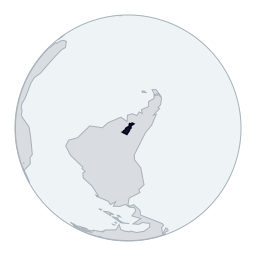 Santa Fe highlighted on a globe, orthographic projection, rotated 206°
{"feature_id": "ARG-1310", "entity_name": "Santa Fe", "entity_type": "Province", "adm_level": 1, "iso_a3": "ARG", "parent_name": "Argentina", "parent_adm1": "", "projection": "orthographic", "projection_center": [-60.696, -31.191], "detail": "fine", "context": "on_globe", "style": "filled", "palette": "ink", "viewbox_px": 256, "rotation_deg": 206, "n_neighbors": 0, "source": "natural_earth", "source_scale": "10m", "svg_char_len": 4373}
<svg xmlns="http://www.w3.org/2000/svg" viewBox="0 0 256 256"><g transform="rotate(206 128 128)"><circle cx="128" cy="128" r="113" fill="#eef3f6" stroke="#a8b0b8"/><path d="M100.7,18.7L104.3,17.9L103.4,18.3L104.8,18.4L106.9,17.7L106.6,17.5L111.0,16.7L110.6,16.7L120.1,15.6L120.8,15.6L121.5,15.5L125.2,15.4L126.8,15.5L133.8,16.0L134.0,16.3L128.8,16.6L120.8,16.8L114.1,18.5L122.4,17.0L122.9,18.1L124.6,18.3L126.9,18.2L128.2,17.7L129.2,18.2L121.4,19.5L120.3,19.1L122.8,18.6L119.1,18.8L113.8,20.2L114.4,21.0L105.8,23.2L106.1,23.9L104.4,24.9L104.4,23.6L104.2,26.1L94.1,31.2L93.7,37.3L89.8,33.4L85.9,33.9L80.9,35.4L80.7,36.4L74.5,37.8L68.3,42.1L65.1,48.3L66.5,51.8L73.6,49.4L76.1,46.1L81.5,44.0L76.7,52.2L86.0,50.7L84.6,56.8L87.2,59.3L92.1,57.5L97.0,58.1L100.9,54.0L106.9,51.3L106.8,56.3L110.3,51.4L113.5,53.5L125.7,52.8L124.7,53.9L134.9,60.1L146.3,63.5L148.9,67.8L147.6,70.2L151.6,71.4L151.6,73.1L167.8,78.3L176.2,84.7L176.0,91.1L169.1,97.1L163.3,113.1L151.1,117.0L148.2,124.1L139.1,134.6L131.7,133.4L134.1,139.3L130.2,142.8L125.5,143.0L125.0,147.3L121.5,147.4L124.0,150.3L118.9,156.2L121.1,161.0L117.5,166.1L119.1,169.0L117.5,169.0L116.0,170.2L116.1,171.9L111.0,169.6L108.9,163.1L110.1,159.7L108.1,159.4L110.7,150.8L108.6,152.7L108.0,140.9L110.3,131.3L110.6,106.4L107.9,102.1L99.2,97.9L88.7,84.0L91.2,77.4L89.0,75.1L96.2,65.7L94.5,59.0L92.0,58.5L89.4,61.6L81.2,59.3L78.6,55.2L55.3,57.1L53.4,56.2L54.1,52.9L50.5,48.1L50.2,54.7L48.0,54.7L47.0,53.1L48.5,51.4L49.2,48.5L47.8,49.2L49.5,47.3L55.7,41.6L62.4,36.4L69.5,31.7L76.9,27.6L84.6,24.1L92.5,21.1L100.7,18.7ZM92.7,39.7L103.4,41.4L96.9,42.8L98.2,41.9L95.6,41.0L90.6,40.7L85.0,42.7L92.7,39.7ZM98.3,35.0L96.5,35.1L98.4,34.8L98.3,35.0ZM119.7,174.8L111.6,170.6L116.1,172.4L118.6,169.5L123.1,173.0L119.7,174.8ZM127.4,167.7L130.6,166.4L131.6,167.2L129.6,168.4L127.4,167.7ZM204.0,44.8L205.1,46.0L203.0,44.6L198.8,41.3L192.3,35.6L194.8,37.3L204.0,44.8ZM234.3,165.3L233.5,165.9L230.2,173.1L229.3,172.8L227.0,176.5L224.4,178.5L221.3,178.8L219.5,172.9L222.1,169.0L225.3,159.2L230.8,138.7L234.1,132.7L235.0,126.4L233.5,109.4L234.0,103.4L232.9,99.3L231.1,97.7L229.5,93.0L228.1,91.5L217.4,85.5L212.4,78.5L202.4,62.3L203.1,58.5L200.2,53.0L202.7,44.4L206.5,47.6L209.4,50.1L214.8,56.3L219.9,62.8L224.4,69.7L228.4,77.0L231.9,84.5L234.8,92.2L237.1,100.1L238.9,108.2L240.0,116.4L240.6,124.7L240.5,132.9L239.9,141.2L238.6,149.3L236.7,157.4L234.3,165.3ZM205.8,50.1L206.6,51.5L205.8,50.1ZM126.1,52.7L127.5,53.7L125.6,53.7L126.1,52.7ZM95.8,44.7L98.2,44.4L99.3,44.9L97.5,45.4L95.8,44.7ZM116.1,42.4L118.9,42.7L115.9,43.2L116.1,42.4ZM105.1,41.6L113.8,42.5L108.1,44.2L102.6,43.9L106.5,43.0L105.1,41.6ZM96.8,37.4L98.3,37.4L97.7,38.2L96.8,37.4ZM99.7,34.8L99.1,35.0L98.5,34.5L99.7,34.8ZM123.3,18.1L124.0,18.0L126.2,18.0L125.0,18.2L123.3,18.1ZM137.0,17.5L138.3,18.2L136.5,17.7L135.1,18.0L129.7,17.4L133.9,16.4L132.9,16.8L137.0,17.5ZM123.6,16.8L126.6,17.0L123.2,16.8L123.6,16.8ZM185.3,224.9L183.0,226.2L184.2,225.5L185.3,224.9ZM226.0,183.6L226.7,182.2L229.3,177.2L229.5,176.9L226.0,183.6Z" fill="#d9dde1" stroke="#a8b0b8" stroke-width="1"/><path d="M129.9,121.7L131.2,121.8L131.0,122.0L130.9,122.0L130.8,122.3L130.8,122.5L130.8,122.8L130.8,123.0L130.7,123.2L130.7,123.3L130.6,123.5L130.6,123.8L130.4,123.9L130.3,124.0L130.1,124.1L129.9,124.4L129.9,124.5L129.9,124.9L129.8,125.2L129.8,125.3L129.7,125.4L129.8,125.4L129.8,125.5L129.9,125.8L129.8,126.0L129.7,126.2L129.8,126.3L129.8,126.5L129.8,126.8L129.8,127.0L129.7,127.1L129.6,127.3L129.5,127.5L129.4,127.6L129.3,127.9L129.2,128.0L129.0,128.3L128.9,128.4L128.9,128.5L128.7,128.6L128.6,128.8L128.4,129.0L128.2,129.0L128.0,129.3L128.0,129.5L128.0,129.8L128.0,130.1L127.9,130.2L127.9,130.3L127.9,130.5L127.9,130.8L128.0,130.9L128.0,131.1L128.0,131.3L128.1,131.5L128.3,131.8L128.5,131.9L128.6,132.0L128.6,132.3L128.5,132.5L128.4,132.6L128.4,132.8L128.2,132.8L128.1,132.7L127.9,132.7L127.7,132.6L127.6,132.8L127.3,133.2L126.9,133.7L126.4,134.3L125.4,134.3L124.5,134.3L125.1,133.2L125.6,132.4L126.0,131.8L126.0,131.7L126.2,131.4L126.3,131.3L126.3,131.2L126.2,131.1L126.1,130.9L126.1,130.7L125.9,130.5L125.8,130.4L125.7,130.1L125.5,129.9L125.5,129.7L125.5,129.4L125.4,129.3L125.5,129.2L125.4,129.1L125.5,129.0L125.6,128.9L126.0,127.2L125.6,126.6L125.6,126.0L125.8,125.0L125.8,124.5L126.0,123.5L126.1,122.4L126.2,121.7L127.9,121.7L129.1,121.7L129.9,121.7Z" fill="#0f172a" stroke="#020617" stroke-width="1.5"/></g></svg>